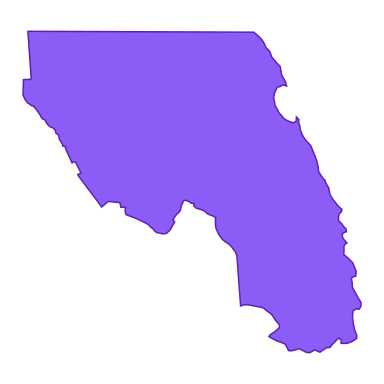 Kota Tinggi, Johor, Malaysia
{"feature_id": "92858781B34033962801246", "entity_name": "Kota Tinggi", "entity_type": "district", "adm_level": 2, "iso_a3": "MYS", "parent_name": "Malaysia", "parent_adm1": "Johor", "projection": "albers", "projection_center": [103.994, 1.692], "detail": "fine", "context": "isolated", "style": "filled", "palette": "violet", "viewbox_px": 384, "rotation_deg": 0, "n_neighbors": 0, "source": "geoboundaries", "source_scale": "gbopen_adm2", "svg_char_len": 2905}
<svg xmlns="http://www.w3.org/2000/svg" viewBox="0 0 384 384"><path d="M62.8,146.1L65.9,146.7L65.4,148.3L72.1,162.9L73.9,161.9L75.4,161.9L81.0,173.0L77.8,174.6L78.6,176.2L99.6,204.1L101.6,207.0L108.3,201.4L120.0,202.7L120.8,207.2L123.1,207.2L125.3,207.5L125.2,209.3L125.2,211.9L126.0,214.6L136.9,218.8L144.3,222.3L148.8,224.9L150.4,227.0L152.8,228.6L155.1,231.3L156.7,232.6L159.6,233.1L163.1,233.9L166.5,233.4L170.2,229.9L174.7,222.0L172.9,219.6L176.0,215.1L178.7,212.5L180.3,210.4L181.3,205.6L184.0,200.3L186.9,200.6L189.5,201.9L191.1,203.2L194.0,203.5L193.8,205.9L196.4,208.3L200.1,209.3L203.3,210.4L205.1,211.4L207.0,213.5L209.9,214.9L213.6,216.2L215.5,217.5L215.5,221.2L215.4,224.4L216.0,228.4L218.6,234.2L220.5,236.8L222.6,239.7L225.2,241.6L228.9,244.2L230.8,245.8L233.2,249.0L235.6,252.2L236.9,255.9L240.6,305.9L244.3,304.8L248.3,304.8L263.1,307.7L267.3,311.2L271.3,314.1L273.1,316.5L274.7,319.1L277.1,322.3L279.5,324.7L279.2,327.8L276.6,330.2L274.2,332.1L270.5,334.4L268.9,336.6L271.5,338.2L276.8,340.8L281.6,342.6L285.3,344.2L286.9,347.1L288.5,350.6L291.6,350.8L293.8,350.3L299.1,348.7L306.5,352.4L309.9,352.7L311.8,351.6L314.7,349.8L317.3,351.1L320.0,352.2L324.5,349.0L326.8,347.7L330.0,347.4L332.7,344.0L336.1,340.5L338.7,338.1L341.1,339.7L341.1,343.4L347.2,343.4L352.5,341.3L356.7,338.4L356.7,335.0L354.6,329.9L353.3,323.3L352.5,317.0L353.0,310.9L356.2,308.8L359.1,309.3L361.0,306.1L361.0,302.4L358.3,298.2L356.2,294.2L352.5,287.6L352.2,282.8L351.4,278.1L353.3,276.8L355.7,276.2L356.2,271.5L354.6,267.5L352.7,262.7L350.6,260.6L348.0,258.0L343.8,254.5L344.0,249.5L344.0,246.1L345.1,244.2L346.9,242.9L344.3,240.0L342.4,237.1L342.4,233.9L344.5,232.3L346.4,231.8L345.9,228.6L343.5,226.5L341.9,223.9L338.5,220.7L338.5,217.5L339.0,214.3L341.4,211.7L341.9,209.3L339.8,207.7L336.9,204.5L332.1,198.2L330.0,194.5L328.7,187.9L326.0,183.4L325.0,180.2L322.8,178.1L320.5,174.6L318.6,171.5L318.1,166.4L316.8,161.2L315.2,156.4L312.5,150.0L310.7,145.5L307.5,142.1L304.6,138.7L302.2,134.7L300.3,129.7L299.6,125.2L298.5,122.0L299.0,119.6L296.4,117.0L296.1,121.5L293.2,122.8L287.4,120.7L283.9,118.6L281.8,115.9L278.9,112.7L277.3,109.3L275.0,105.6L274.7,102.7L273.6,97.9L274.7,92.6L276.0,89.7L277.3,87.1L280.0,86.6L282.6,85.0L286.6,86.0L285.5,81.8L283.4,78.1L281.6,74.7L280.8,69.9L280.2,66.5L277.1,63.3L271.8,57.2L270.7,54.0L269.1,50.6L266.0,47.7L264.9,45.0L263.3,41.9L261.5,39.2L259.1,36.8L253.8,32.2L29.5,31.3L27.9,31.4L31.1,77.0L31.1,79.3L23.5,79.6L23.0,95.3L23.7,96.5L24.3,97.7L25.0,99.5L25.7,100.2L26.6,101.5L27.5,102.9L28.8,103.5L30.0,104.2L30.8,105.3L32.4,105.8L34.0,106.3L34.3,107.3L35.5,108.4L36.4,109.5L39.0,113.4L40.5,115.6L41.3,117.4L42.1,118.6L43.6,119.3L45.1,120.0L45.7,121.0L46.3,122.7L47.3,124.1L48.6,125.5L50.0,126.8L52.2,127.5L54.2,128.8L55.4,131.0L56.1,133.4L57.8,134.3L58.9,136.0L59.1,138.5L60.1,140.5L61.5,142.7L62.5,144.4L62.8,146.1Z" fill="#8b5cf6" stroke="#5b21b6" stroke-width="1.5"/></svg>